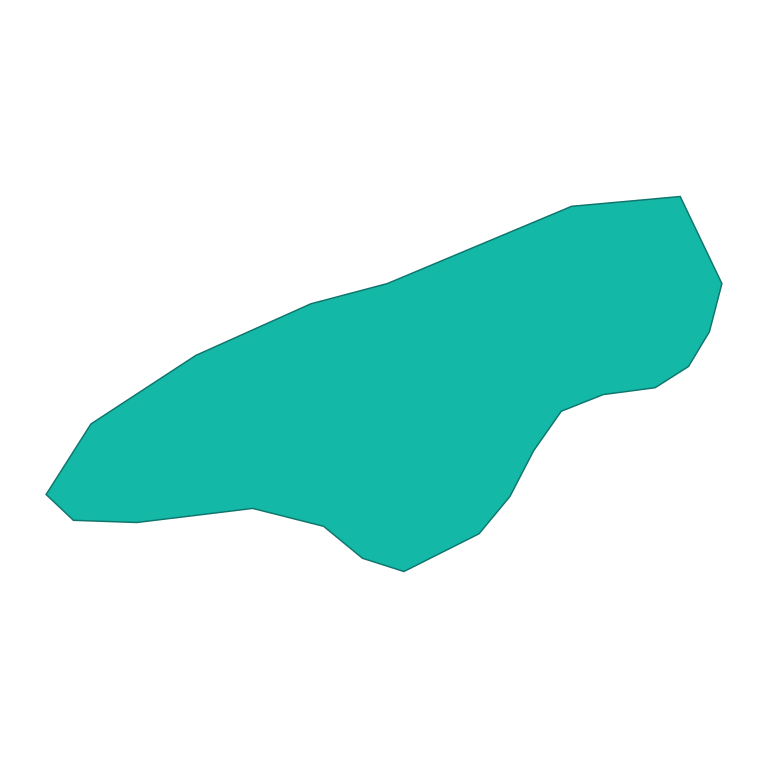 Rota, Mercator projection
{"feature_id": "MNP-4937", "entity_name": "Rota", "entity_type": "state/province", "adm_level": 1, "iso_a3": "MNP", "parent_name": "Northern Mariana Islands", "parent_adm1": "", "projection": "mercator", "projection_center": [145.214, 14.157], "detail": "fine", "context": "isolated", "style": "filled", "palette": "teal", "viewbox_px": 768, "rotation_deg": 0, "n_neighbors": 0, "source": "natural_earth", "source_scale": "10m", "svg_char_len": 405}
<svg xmlns="http://www.w3.org/2000/svg" viewBox="0 0 768 768"><path d="M387.2,283.6L571.6,206.3L680.2,196.5L721.9,283.6L709.4,331.7L688.5,366.5L655.1,387.7L603.1,394.6L561.3,411.2L533.7,450.6L509.9,496.5L479.1,533.7L403.9,571.5L362.5,558.3L323.6,526.3L252.6,508.4L136.7,522.5L73.4,520.3L46.1,494.5L91.0,423.9L195.8,355.4L310.8,303.8L387.2,283.6Z" fill="#14b8a6" stroke="#0f766e" stroke-width="1.5"/></svg>